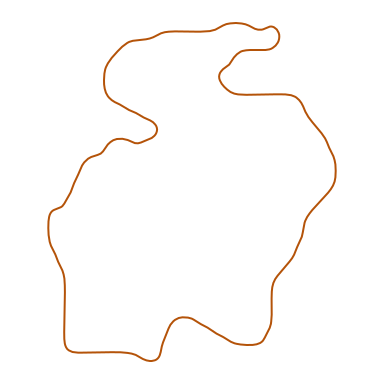 Juan de Herrera, San Juan, Dominican Republic
{"feature_id": "3306468B17512962237330", "entity_name": "Juan de Herrera", "entity_type": "district", "adm_level": 2, "iso_a3": "DOM", "parent_name": "Dominican Republic", "parent_adm1": "San Juan", "projection": "natural_earth1", "projection_center": [-71.191, 18.877], "detail": "fine", "context": "isolated", "style": "outline", "palette": "amber", "viewbox_px": 384, "rotation_deg": 0, "n_neighbors": 0, "source": "geoboundaries", "source_scale": "gbopen_adm2", "svg_char_len": 2733}
<svg xmlns="http://www.w3.org/2000/svg" viewBox="0 0 384 384"><path d="M254.9,28.8L248.8,25.6L245.5,24.3L241.7,23.5L235.9,23.0L230.2,23.4L226.4,24.1L223.0,25.5L215.3,29.7L209.8,31.1L199.8,31.7L174.9,31.4L168.8,31.7L164.8,32.2L161.0,33.3L153.1,37.3L149.7,38.5L146.0,39.3L132.8,40.8L129.2,41.9L127.3,42.9L122.2,46.7L117.6,51.3L111.7,57.9L107.9,63.3L105.9,67.3L105.2,69.4L104.4,73.6L104.0,80.1L104.1,84.4L104.7,88.6L105.9,92.7L107.8,96.1L109.0,97.6L111.7,100.1L114.8,102.1L119.8,104.5L129.0,110.0L136.0,113.0L143.7,117.5L150.1,120.4L153.0,122.2L155.3,124.6L156.2,126.0L156.8,127.6L157.1,129.6L156.8,131.5L156.2,133.2L155.4,134.6L154.3,135.9L151.7,138.0L141.0,142.5L138.0,143.3L134.9,143.1L127.7,140.0L122.4,138.8L116.9,139.0L113.3,140.2L110.4,142.1L107.8,144.5L103.0,151.4L100.7,153.6L97.7,154.9L91.2,157.0L88.1,158.7L84.2,162.4L82.1,165.5L78.2,174.5L74.1,183.2L70.6,192.5L64.3,203.6L62.3,206.2L61.0,207.1L54.1,209.9L52.7,210.7L51.5,211.8L50.4,213.4L49.6,215.2L49.1,217.1L48.5,221.3L48.3,228.0L48.6,235.0L49.7,241.8L51.0,245.8L55.3,254.4L58.2,261.9L62.4,270.5L63.6,274.4L64.4,278.6L64.8,285.2L64.9,292.5L64.2,332.1L64.3,339.0L64.8,343.4L65.3,345.4L66.1,347.3L67.3,349.1L68.9,350.4L72.5,352.0L78.4,352.7L111.8,352.2L120.7,352.3L127.4,352.9L131.6,353.6L135.7,354.9L142.9,359.0L146.5,360.4L149.9,361.0L151.7,361.0L154.9,360.3L156.5,359.5L157.8,358.4L158.9,357.0L159.7,355.4L160.7,352.0L161.8,346.5L163.0,342.5L168.5,328.6L170.4,324.8L173.3,321.3L175.0,319.9L178.7,318.0L182.4,317.3L188.0,317.6L191.7,318.6L193.6,319.6L200.8,324.1L207.5,327.6L216.5,333.6L223.3,337.1L230.9,341.8L234.5,343.3L236.5,343.8L240.6,344.5L246.8,345.0L252.8,344.9L256.6,344.3L260.1,343.0L261.7,341.9L263.0,340.6L264.8,337.6L269.7,327.9L270.9,323.9L271.2,321.6L271.7,314.8L271.6,298.4L271.8,291.5L272.3,287.1L273.4,282.9L275.2,279.1L277.6,275.7L289.6,261.5L292.1,258.2L294.1,254.7L297.1,247.2L301.8,236.8L302.7,232.8L304.6,222.7L305.3,220.7L307.2,216.9L309.6,213.4L312.3,210.0L328.2,192.6L330.8,189.2L333.0,185.6L334.6,181.6L335.4,177.4L335.7,170.9L335.4,164.4L334.6,160.2L333.4,156.3L329.2,147.8L326.9,142.1L325.1,138.4L321.6,133.3L312.2,122.0L308.4,117.0L305.4,111.8L303.1,106.3L301.3,102.9L299.1,100.0L296.3,97.5L294.8,96.6L291.1,95.2L285.2,94.4L277.1,94.3L246.2,94.8L238.1,94.4L234.2,93.6L230.5,92.0L227.2,89.6L224.2,86.8L221.7,83.8L219.9,80.4L219.3,78.5L219.1,76.5L219.4,74.7L220.0,73.0L220.9,71.6L223.0,69.2L229.2,64.6L233.9,57.5L237.0,54.2L240.6,51.7L242.4,51.0L246.1,50.3L250.0,50.0L265.5,50.0L269.3,49.4L271.1,48.8L272.7,47.9L275.6,45.6L277.8,42.6L278.6,40.8L279.1,38.8L279.3,36.8L279.2,34.7L278.6,32.7L276.8,29.5L274.2,27.4L272.8,26.8L271.3,26.5L269.8,26.6L263.2,29.3L261.6,29.7L258.2,29.7L254.9,28.8Z" fill="none" stroke="#b45309" stroke-width="2"/></svg>